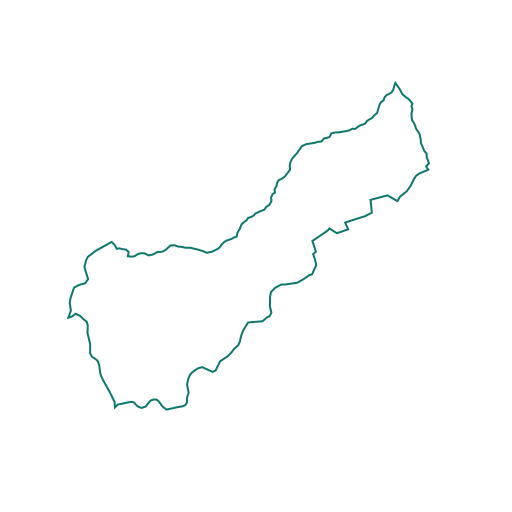 Belém do Brejo do Cruz, Paraíba, Brazil (Robinson projection), rotated 161°
{"feature_id": "56859067B47597011454876", "entity_name": "Belém do Brejo do Cruz", "entity_type": "district", "adm_level": 2, "iso_a3": "BRA", "parent_name": "Brazil", "parent_adm1": "Paraíba", "projection": "robinson", "projection_center": [-37.396, -6.149], "detail": "fine", "context": "isolated", "style": "outline", "palette": "teal", "viewbox_px": 512, "rotation_deg": 161, "n_neighbors": 0, "source": "geoboundaries", "source_scale": "gbopen_adm2", "svg_char_len": 3049}
<svg xmlns="http://www.w3.org/2000/svg" viewBox="0 0 512 512"><g transform="rotate(161 256 256)"><path d="M265.5,194.4L262.5,194.8L259.9,197.4L259.3,203.7L256.0,212.8L253.6,217.0L248.6,219.6L241.4,220.8L238.0,219.6L225.7,217.3L219.1,218.5L212.4,220.4L209.0,220.4L202.0,227.8L201.4,233.0L201.4,239.1L198.0,240.5L197.8,251.8L185.0,255.3L179.8,256.8L177.6,258.1L172.1,251.2L160.2,251.2L160.8,258.6L144.7,258.3L140.5,258.1L132.4,259.2L129.4,271.8L111.9,270.5L104.4,261.8L100.5,265.2L92.5,268.1L87.2,271.8L81.2,277.7L78.7,279.6L75.1,280.8L65.0,281.5L66.0,285.3L62.3,287.3L62.3,290.7L62.4,293.8L61.4,297.3L62.7,300.6L62.9,303.9L63.3,309.3L62.3,312.8L61.7,317.4L62.3,321.1L63.2,324.2L63.1,327.0L63.3,330.0L64.2,333.3L63.7,336.2L62.6,340.1L60.3,343.7L60.2,347.1L58.5,349.0L59.6,352.5L61.2,355.6L62.9,357.8L65.0,361.6L65.7,366.4L66.4,369.1L67.9,374.3L69.9,371.8L72.0,368.6L74.4,366.7L77.3,365.9L80.3,365.6L83.0,364.0L84.7,361.6L87.9,360.7L90.0,358.7L92.4,355.4L94.9,351.8L98.6,350.4L101.1,348.8L104.4,348.2L107.4,347.4L109.5,345.7L112.2,345.5L115.1,345.6L118.3,344.7L121.2,343.9L123.5,345.0L126.1,344.5L129.3,344.6L132.9,345.2L136.8,345.8L140.9,347.0L144.7,347.4L147.8,344.6L150.4,344.6L153.5,345.0L156.9,342.9L159.9,343.7L164.5,344.0L172.0,345.4L176.9,344.9L179.1,343.2L181.5,341.6L183.8,339.8L186.5,338.4L190.5,336.0L193.4,332.9L194.8,330.1L195.7,326.6L199.6,323.9L203.2,321.6L206.7,320.6L210.0,320.3L212.0,318.5L214.1,315.3L216.9,312.8L217.3,309.9L220.3,309.0L222.7,306.3L223.6,302.7L226.8,300.0L230.2,299.1L233.1,297.1L237.5,296.9L240.1,296.6L242.6,296.4L244.9,295.1L247.6,294.5L251.0,294.5L253.4,292.8L256.3,291.9L259.3,290.7L262.3,287.1L265.9,284.1L267.9,280.7L270.5,280.7L273.2,280.2L275.8,280.1L278.6,280.2L281.4,279.6L284.8,278.0L287.5,276.0L290.3,275.1L296.4,274.4L301.6,275.1L304.3,277.7L308.8,281.0L312.0,282.9L315.0,285.0L320.0,286.8L323.7,289.0L326.9,290.5L329.4,292.6L333.4,293.8L338.8,291.5L342.0,290.6L344.8,290.9L347.6,291.9L350.3,291.4L353.3,291.0L357.4,291.5L360.4,294.7L363.0,295.9L366.9,296.3L371.2,295.3L373.9,295.9L377.2,297.4L375.1,301.4L377.0,304.5L380.1,305.9L382.6,307.7L385.3,308.1L386.0,312.3L387.9,316.3L405.8,313.1L415.2,310.0L417.7,307.6L421.8,301.6L422.3,288.8L426.2,285.9L432.6,286.2L438.3,285.4L445.5,276.0L447.4,272.1L448.8,264.7L453.5,258.8L449.5,258.7L445.5,260.2L441.9,256.8L439.6,252.3L437.5,249.1L437.6,245.3L440.4,238.0L441.5,226.6L443.2,221.8L444.5,218.1L443.9,214.2L440.6,209.9L439.7,207.3L439.8,204.1L441.5,195.4L441.5,192.4L440.7,186.4L438.5,174.4L437.2,164.3L438.6,158.8L435.1,160.5L421.4,158.8L419.2,157.4L417.0,152.5L413.8,149.6L409.2,149.6L405.2,152.3L402.7,153.6L399.9,153.7L396.8,152.7L395.4,150.4L393.2,143.8L390.6,139.9L380.0,138.7L373.8,137.7L371.1,138.2L368.9,140.1L367.4,144.3L364.1,149.0L363.6,153.5L362.9,157.3L360.1,161.8L357.4,164.8L355.4,166.3L351.1,167.8L347.0,168.7L343.1,168.4L334.8,160.6L331.5,160.9L324.3,168.1L315.4,170.4L310.8,172.7L307.4,175.0L301.9,177.4L299.2,180.2L296.0,185.4L292.3,189.9L285.1,195.7L271.1,192.2L265.5,194.4Z" fill="none" stroke="#0f766e" stroke-width="2"/></g></svg>